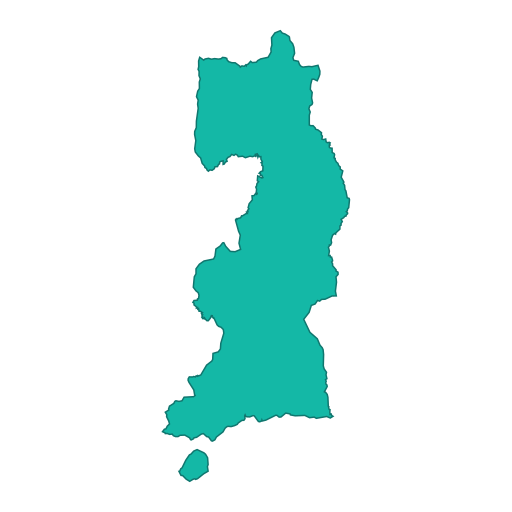 outline of Manggarai, Nusa Tenggara Timur, Indonesia
{"feature_id": "22746128B41361424069199", "entity_name": "Manggarai", "entity_type": "district", "adm_level": 2, "iso_a3": "IDN", "parent_name": "Indonesia", "parent_adm1": "Nusa Tenggara Timur", "projection": "robinson", "projection_center": [120.422, -8.578], "detail": "fine", "context": "isolated", "style": "filled", "palette": "teal", "viewbox_px": 512, "rotation_deg": 0, "n_neighbors": 0, "source": "geoboundaries", "source_scale": "gbopen_adm2", "svg_char_len": 6036}
<svg xmlns="http://www.w3.org/2000/svg" viewBox="0 0 512 512"><path d="M318.0,65.3L311.9,66.7L308.8,66.4L302.9,67.1L301.0,66.3L299.5,64.5L298.3,61.3L293.7,60.3L292.9,57.7L294.6,53.3L293.9,47.3L292.7,43.8L289.9,40.5L289.4,37.0L288.8,36.3L285.1,34.0L282.3,33.1L280.3,30.7L274.9,32.9L271.5,37.7L271.9,45.1L270.9,48.6L271.1,52.0L268.1,57.3L260.7,58.9L257.7,60.6L256.4,62.2L252.2,62.6L250.6,61.3L248.2,64.1L246.7,64.7L246.3,65.8L245.7,64.9L244.3,66.3L241.9,65.9L240.3,67.1L239.9,66.2L235.2,62.8L231.8,62.7L228.7,61.7L227.0,59.8L226.8,58.4L225.2,57.7L222.6,57.4L221.0,58.7L218.5,59.1L214.6,58.6L211.4,59.2L208.5,58.3L205.0,59.0L203.7,60.1L199.7,57.3L198.6,61.0L198.7,66.6L198.1,69.4L199.1,71.4L199.0,75.6L200.3,78.9L199.3,82.0L199.4,88.5L197.7,91.2L196.5,96.7L198.2,100.1L197.6,104.1L198.2,108.3L196.4,121.1L196.3,127.7L194.7,131.4L194.6,134.4L195.8,140.6L194.7,148.8L195.3,152.0L198.4,156.0L200.6,157.9L202.2,163.4L204.7,166.1L204.9,167.5L206.5,168.5L207.1,170.1L208.4,171.2L209.9,169.9L212.1,170.3L214.3,168.7L214.9,166.8L217.5,166.6L218.5,164.4L219.5,163.9L219.7,162.0L220.5,161.5L223.1,160.8L223.1,164.4L224.3,164.0L225.4,162.1L227.1,161.3L226.4,159.3L228.2,157.2L229.9,156.6L231.7,154.4L234.0,155.4L235.6,154.2L237.3,155.1L238.3,156.7L242.6,156.2L245.4,157.7L249.9,156.2L252.7,156.7L254.7,155.8L255.8,156.5L256.2,155.9L255.3,154.4L257.2,153.8L257.9,157.2L258.6,155.6L259.5,156.8L260.9,156.6L260.9,159.1L262.3,161.7L261.1,162.7L262.1,163.3L261.9,165.4L263.0,166.2L262.8,170.8L260.5,171.7L259.2,173.2L260.3,173.4L260.3,175.3L261.7,175.2L262.9,177.6L261.8,178.0L257.7,175.9L257.3,180.7L258.6,181.7L257.0,183.5L256.5,186.2L255.8,187.0L256.6,189.3L256.2,192.6L257.2,193.2L257.2,193.8L256.5,194.4L255.5,193.6L254.1,195.6L252.0,195.8L252.3,199.9L249.2,203.6L248.1,207.7L248.9,208.8L247.5,210.5L248.0,211.7L246.5,212.0L247.3,213.5L246.1,213.6L242.4,215.9L241.6,215.8L240.6,217.8L237.8,218.5L237.0,219.5L236.3,218.8L235.5,220.0L238.6,231.3L240.3,235.1L239.0,243.2L240.6,249.4L235.1,251.7L230.3,251.4L225.7,246.3L223.8,242.7L222.6,242.9L220.2,246.0L215.9,249.0L215.0,256.1L213.6,259.0L204.0,261.0L199.4,264.2L196.0,268.8L196.0,273.8L194.3,276.8L193.3,287.3L196.0,290.9L198.2,292.6L199.0,295.3L198.5,298.6L197.5,298.9L197.3,300.2L194.0,300.5L192.9,302.4L194.1,303.2L194.0,304.9L196.5,306.9L196.4,308.1L197.6,307.6L197.8,309.2L198.6,308.8L199.0,311.2L200.5,311.3L201.6,312.0L201.5,312.6L202.3,312.7L201.1,314.1L202.0,313.6L201.9,314.7L202.6,314.8L202.1,315.9L202.6,316.7L201.8,317.2L202.8,318.6L204.4,317.6L204.7,318.1L204.2,318.8L205.4,319.2L206.9,320.7L208.3,320.7L210.2,318.3L211.4,315.6L212.2,315.7L211.9,316.9L213.6,317.6L213.3,318.1L214.3,318.8L217.1,324.9L218.7,326.4L221.0,327.2L223.3,329.5L223.8,333.2L220.8,343.3L220.4,349.0L218.2,351.9L213.0,353.4L212.7,359.4L211.8,361.1L206.6,365.1L200.8,375.0L198.5,375.9L197.8,375.5L197.5,376.3L196.2,375.8L195.4,376.9L193.6,376.5L192.6,377.0L189.3,376.9L188.2,378.7L188.1,380.3L189.0,382.4L193.8,389.9L194.6,394.7L195.1,395.5L193.6,396.7L184.1,397.2L182.0,400.8L179.0,401.4L175.9,400.8L174.8,401.4L173.8,403.4L169.5,406.1L168.6,408.9L168.8,410.0L165.3,412.2L166.8,414.7L166.6,416.7L168.8,421.2L169.5,424.0L167.3,426.1L165.9,428.9L164.4,429.2L162.5,431.7L165.0,432.8L165.3,433.6L167.3,433.5L169.6,434.4L172.2,434.1L173.4,435.7L175.6,436.6L178.0,436.6L180.1,435.3L184.8,435.1L189.6,437.8L190.6,439.7L191.3,439.9L193.5,438.8L194.0,437.8L196.6,437.3L201.3,434.1L203.4,433.6L206.7,436.6L208.6,437.0L211.4,440.8L212.5,441.1L214.9,439.8L216.4,437.0L223.0,431.9L225.1,428.2L226.7,426.8L228.0,426.3L231.1,426.6L234.6,425.6L237.2,424.4L238.3,422.9L241.9,420.4L243.9,420.3L245.0,418.7L244.7,415.8L245.1,414.9L245.7,416.3L246.9,416.8L249.8,416.9L253.0,415.6L254.2,415.8L258.4,421.5L259.8,421.8L261.6,421.0L261.9,420.0L262.3,421.0L265.9,420.1L275.6,415.3L276.9,415.3L279.1,417.1L281.0,417.0L285.7,413.1L290.1,413.9L290.4,414.9L295.2,415.8L304.8,415.4L309.6,417.7L314.2,417.1L316.3,418.3L326.7,416.5L330.3,418.0L333.0,416.3L331.6,415.4L331.3,414.3L330.3,414.4L330.7,413.9L330.1,413.8L329.8,412.4L330.0,409.6L329.2,409.4L328.6,407.8L328.9,406.8L328.3,406.3L327.9,397.3L327.2,394.4L325.6,392.3L324.4,391.8L327.2,386.5L326.9,384.9L326.1,384.3L325.7,382.7L326.2,381.3L325.5,379.6L326.9,378.7L326.0,374.8L326.5,372.3L324.1,368.8L323.3,365.8L323.6,354.5L323.1,349.7L322.2,347.7L320.0,345.2L317.3,338.8L309.9,332.3L303.7,319.3L309.1,312.4L311.3,305.4L315.1,304.0L317.5,300.5L319.7,301.1L321.6,299.4L325.1,299.2L332.0,296.0L336.3,295.9L335.4,291.1L336.5,282.2L336.0,276.8L338.1,274.4L338.0,272.2L336.0,271.0L336.1,269.8L332.6,265.7L332.6,263.8L331.6,261.9L332.6,260.9L332.5,260.0L331.6,257.1L330.4,257.1L330.1,255.5L328.6,255.6L329.4,251.1L328.4,247.2L329.4,245.9L329.4,245.0L330.6,245.1L331.6,242.7L331.1,239.8L332.6,235.2L334.7,233.5L335.6,234.1L335.9,232.8L339.9,229.1L339.9,226.0L341.1,225.1L341.0,223.5L342.3,221.6L341.1,219.3L343.7,217.7L344.7,216.3L346.0,216.1L346.3,214.9L347.6,213.7L347.6,212.9L346.3,211.7L347.3,210.8L347.6,208.9L348.7,207.7L349.5,199.7L349.1,198.4L347.2,197.8L345.9,190.9L345.0,189.6L344.6,185.3L343.2,183.2L343.9,182.1L341.2,177.2L342.8,170.9L340.2,169.1L340.2,166.9L338.7,165.6L337.9,163.3L336.5,162.2L335.1,159.7L335.2,158.4L334.0,157.8L334.6,154.7L334.1,153.5L332.2,152.5L332.1,148.2L330.2,148.0L329.3,147.1L329.3,145.4L330.1,145.0L329.4,144.1L330.2,142.9L329.3,142.3L327.4,142.7L326.1,141.8L325.7,139.0L323.5,139.6L321.8,139.0L322.4,136.2L321.3,134.6L321.5,132.7L318.1,130.0L315.6,129.2L315.2,127.9L313.1,125.7L310.8,125.7L309.3,125.0L309.3,115.2L310.2,112.0L308.9,108.8L309.7,106.0L312.0,104.5L312.6,102.9L311.6,98.0L312.2,92.4L310.3,89.4L310.7,84.5L312.0,79.3L313.7,79.1L317.2,80.8L318.7,77.5L319.8,74.3L319.9,71.1L318.0,65.3ZM203.9,452.8L197.1,449.6L193.7,451.1L191.1,454.0L189.4,454.9L185.8,460.2L182.1,467.8L180.7,468.9L179.6,471.4L179.0,471.4L181.0,475.4L182.7,475.6L186.1,479.1L189.7,481.3L193.2,479.2L194.9,478.8L195.6,479.4L197.5,478.7L203.8,473.7L208.1,471.2L207.4,466.5L208.1,464.6L207.6,457.8L205.6,454.3L203.9,452.8Z" fill="#14b8a6" stroke="#0f766e" stroke-width="1.5"/></svg>